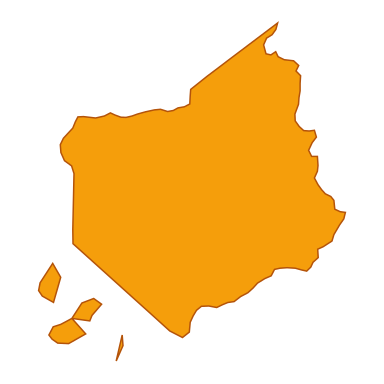 Arauá, Sergipe, Brazil (Albers equal-area conic projection)
{"feature_id": "56859067B83486111429480", "entity_name": "Arauá", "entity_type": "district", "adm_level": 2, "iso_a3": "BRA", "parent_name": "Brazil", "parent_adm1": "Sergipe", "projection": "albers", "projection_center": [-37.59, -11.261], "detail": "fine", "context": "isolated", "style": "filled", "palette": "amber", "viewbox_px": 384, "rotation_deg": 0, "n_neighbors": 0, "source": "geoboundaries", "source_scale": "gbopen_adm2", "svg_char_len": 1721}
<svg xmlns="http://www.w3.org/2000/svg" viewBox="0 0 384 384"><path d="M318.2,257.6L317.7,249.2L323.2,246.7L332.0,241.0L333.9,234.6L339.6,224.9L343.8,218.9L345.4,212.4L340.2,211.7L334.8,209.2L333.9,200.4L330.8,196.5L325.3,193.8L321.6,189.7L318.0,184.7L314.4,178.0L317.4,171.3L318.0,165.5L317.4,156.4L311.6,156.4L308.6,150.3L312.2,142.6L316.4,137.1L314.4,130.3L309.2,131.0L303.7,130.6L299.2,126.5L295.2,120.9L294.9,114.1L298.5,104.3L299.0,97.5L300.1,90.9L300.1,83.3L300.6,75.7L296.0,71.0L298.7,65.5L293.6,60.8L284.2,59.7L278.1,56.7L275.7,51.7L270.9,54.9L266.0,53.8L263.6,44.9L266.6,38.1L272.1,34.7L275.9,29.4L277.6,23.0L227.0,61.2L223.1,64.2L207.2,76.2L190.7,89.4L190.2,96.1L189.8,104.0L184.3,106.8L178.0,107.9L173.3,110.5L167.6,111.5L160.5,109.3L154.4,109.9L145.6,111.8L137.3,114.1L132.1,116.0L126.1,117.4L120.9,117.2L114.9,115.0L110.4,112.9L104.4,116.0L95.6,118.0L83.5,116.6L77.9,116.9L75.4,121.7L72.8,128.1L67.8,133.5L63.4,138.3L60.3,144.7L60.9,152.5L64.5,160.7L71.6,165.9L74.0,173.6L72.8,229.6L73.0,243.7L151.6,314.5L169.8,331.0L182.5,337.5L189.3,332.1L190.2,322.3L193.2,315.8L196.5,310.3L201.4,306.3L208.8,306.0L216.7,307.5L222.5,304.7L227.8,302.5L234.1,301.6L240.7,296.5L247.9,292.7L253.0,288.1L257.5,283.1L264.8,278.6L271.2,275.8L274.5,269.4L280.0,268.2L287.1,267.7L295.3,268.2L301.8,270.0L306.7,271.1L310.8,267.1L313.0,262.3L318.2,257.6ZM71.9,318.4L66.2,321.5L60.7,324.4L53.2,326.8L48.9,335.0L52.1,339.2L57.7,343.1L68.6,343.6L85.7,333.9L71.9,318.4ZM53.5,302.4L60.7,277.3L52.7,263.4L40.1,282.8L38.6,290.6L42.3,296.1L53.5,302.4ZM71.9,318.4L89.8,320.9L92.0,315.4L101.6,304.2L93.7,298.5L81.9,303.0L71.9,318.4ZM116.2,361.0L123.0,345.6L122.2,335.0L116.2,361.0Z" fill="#f59e0b" stroke="#b45309" stroke-width="1.5"/></svg>